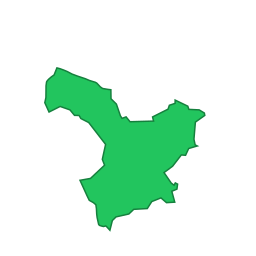 the district of Dojran, Dojran, North Macedonia, rotated 150°
{"feature_id": "65306769B30499724495111", "entity_name": "Dojran", "entity_type": "district", "adm_level": 2, "iso_a3": "MKD", "parent_name": "North Macedonia", "parent_adm1": "Dojran", "projection": "albers", "projection_center": [22.692, 41.225], "detail": "fine", "context": "isolated", "style": "filled", "palette": "green", "viewbox_px": 256, "rotation_deg": 150, "n_neighbors": 0, "source": "geoboundaries", "source_scale": "gbopen_adm2", "svg_char_len": 1265}
<svg xmlns="http://www.w3.org/2000/svg" viewBox="0 0 256 256"><g transform="rotate(150 128 128)"><path d="M123.7,169.7L126.1,171.5L130.2,174.9L131.4,177.4L132.6,182.5L133.5,184.0L137.6,188.4L140.3,192.0L145.7,198.1L149.5,202.7L151.0,205.1L152.4,207.3L154.7,210.3L157.2,213.3L159.5,215.6L165.5,210.9L168.8,210.6L172.0,210.0L174.0,209.4L175.2,208.8L175.6,208.5L177.9,205.5L183.8,195.5L187.4,191.5L188.4,181.3L176.0,180.6L169.2,172.7L168.0,165.7L164.1,163.3L164.1,159.8L159.3,152.4L155.6,125.0L165.9,113.7L166.9,107.5L185.7,103.1L195.7,106.7L197.3,90.2L197.7,84.8L197.5,84.4L195.3,80.7L194.2,77.6L195.7,73.9L198.1,69.2L199.5,65.9L201.6,59.3L201.5,58.3L201.2,57.7L199.9,56.3L199.0,55.4L198.4,54.9L196.9,54.5L196.3,54.3L195.9,53.5L194.8,48.5L187.8,55.7L182.8,57.0L170.2,53.1L163.7,54.7L151.6,48.6L144.2,52.4L134.4,51.0L132.0,44.1L124.6,40.4L121.7,51.3L116.2,50.6L113.1,54.6L114.5,56.8L116.7,55.4L118.1,58.7L119.1,71.4L108.5,72.6L95.3,78.0L91.8,75.6L85.7,79.9L77.0,77.8L78.3,79.8L76.5,85.3L66.7,99.4L55.2,100.5L54.4,102.8L57.3,108.1L66.0,113.7L65.3,117.0L73.2,128.6L74.9,125.8L80.8,127.0L83.9,124.3L101.2,125.3L102.4,121.2L123.1,132.4L124.1,138.6L128.3,139.3L128.5,142.3L126.1,154.5L128.1,161.8L123.7,169.7Z" fill="#22c55e" stroke="#15803d" stroke-width="1.5"/></g></svg>